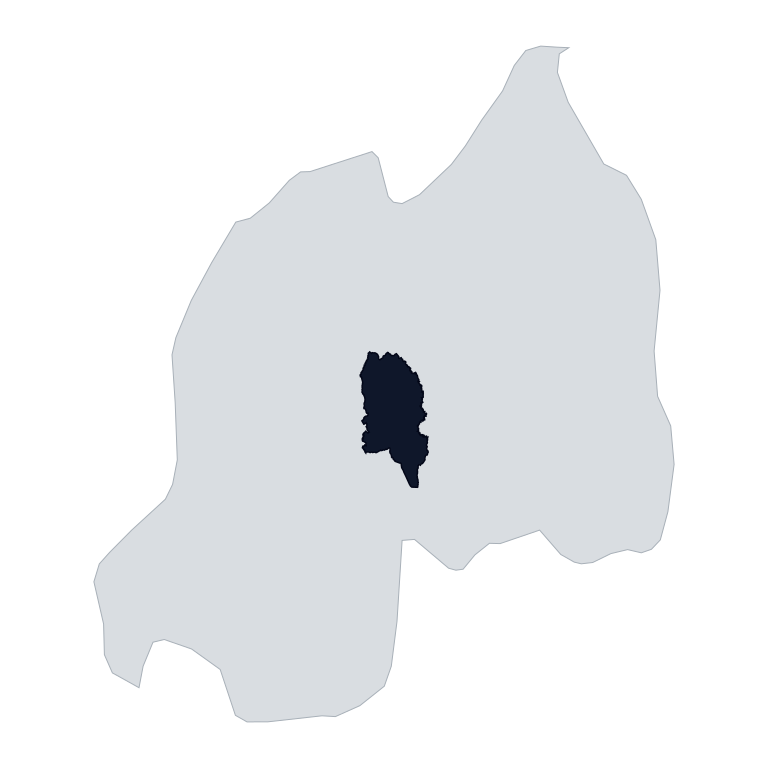 Kamonyi, Southern, Rwanda (highlighted)
{"feature_id": "39286606B23352434464252", "entity_name": "Kamonyi", "entity_type": "district", "adm_level": 2, "iso_a3": "RWA", "parent_name": "Rwanda", "parent_adm1": "Southern", "projection": "equal_earth", "projection_center": [29.885, -2.028], "detail": "fine", "context": "in_parent", "style": "filled", "palette": "ink", "viewbox_px": 768, "rotation_deg": 0, "n_neighbors": 0, "source": "geoboundaries", "source_scale": "gbopen_adm2", "svg_char_len": 7120}
<svg xmlns="http://www.w3.org/2000/svg" viewBox="0 0 768 768"><path d="M300.6,171.9L310.0,171.6L372.0,151.6L378.2,157.8L388.2,196.6L393.4,202.2L402.1,203.6L419.5,194.7L451.4,164.4L465.3,146.0L481.7,120.1L502.6,90.9L514.3,65.4L525.8,50.5L540.7,46.1L557.3,47.2L568.8,47.7L559.3,53.8L557.4,72.4L568.2,102.3L603.8,164.0L626.5,175.3L641.3,199.3L655.8,239.7L660.0,290.3L654.1,351.1L657.6,396.3L670.7,425.9L674.1,464.4L667.9,511.7L660.3,539.9L651.4,549.3L641.3,552.8L627.6,549.6L610.9,553.6L592.7,562.5L581.3,563.8L574.2,562.1L560.8,554.5L539.6,530.1L500.1,543.6L489.4,543.3L474.9,554.9L463.1,569.2L455.9,570.2L448.6,568.2L414.5,539.4L402.1,540.4L397.0,621.3L391.3,666.2L384.3,686.2L359.9,705.6L335.4,716.6L322.0,715.8L268.1,721.8L247.0,721.9L235.4,715.3L220.2,669.5L191.6,649.0L164.2,639.5L153.0,642.2L143.1,666.2L139.0,687.7L112.4,672.9L104.4,654.7L103.6,624.0L93.9,581.8L99.3,563.9L109.7,552.3L131.8,530.0L165.4,499.2L172.6,484.4L177.3,459.9L175.2,402.9L172.0,354.8L175.9,337.6L191.3,300.4L211.8,262.4L235.8,222.1L250.3,218.2L269.3,202.9L289.3,180.3L300.6,171.9Z" fill="#d9dde1" stroke="#a8b0b8" stroke-width="1"/><path d="M417.3,375.3L416.5,374.7L416.3,373.5L415.6,372.4L415.2,372.6L415.4,373.6L415.2,373.8L414.1,373.0L413.2,373.6L412.8,373.5L412.4,373.0L411.5,373.1L411.3,372.7L411.7,371.7L411.1,371.5L410.8,370.4L410.5,370.3L410.0,370.6L409.7,370.2L409.9,369.4L410.5,368.7L410.6,368.3L410.4,368.0L409.7,368.0L408.9,366.7L408.4,366.6L407.6,366.8L407.4,366.7L407.4,365.5L407.2,365.2L406.6,364.7L405.9,364.5L405.6,364.1L405.5,363.8L405.8,362.4L405.6,361.6L404.4,361.1L403.5,361.6L403.2,361.5L402.5,359.2L401.8,359.2L401.2,357.7L399.3,358.4L398.8,358.4L398.6,357.7L398.8,356.9L398.6,356.4L396.4,353.7L395.1,354.3L394.0,355.7L392.7,355.5L391.9,355.8L391.2,355.5L390.5,354.2L389.0,353.7L388.4,352.7L387.7,352.4L386.1,353.6L385.4,355.3L384.0,355.7L383.4,356.0L383.1,356.4L383.0,357.5L382.7,358.0L381.1,358.8L380.3,359.6L379.8,359.8L378.8,359.2L378.5,358.3L378.6,356.7L377.5,354.4L376.5,353.6L374.9,352.8L373.7,353.0L372.7,352.7L372.3,352.7L371.4,353.4L370.8,352.6L370.2,352.4L369.7,351.9L368.6,353.1L368.4,353.1L368.2,353.6L368.4,354.3L368.3,355.1L368.4,355.7L367.9,355.9L368.1,356.5L367.7,357.2L368.0,358.6L367.9,359.2L367.2,359.3L367.0,360.8L366.5,360.7L366.1,361.3L366.1,361.9L365.7,362.4L365.7,362.8L365.3,363.1L365.6,363.6L365.0,363.9L365.1,365.2L364.2,365.3L364.4,366.0L364.2,366.8L363.7,367.1L363.7,368.0L363.1,368.2L363.2,369.3L362.9,370.2L362.1,371.2L362.0,371.8L361.4,372.2L361.0,372.9L361.0,374.6L360.4,374.7L360.1,375.0L360.5,376.8L361.6,377.1L361.8,378.1L361.7,378.4L362.7,382.1L362.6,383.0L362.7,383.4L362.4,383.9L362.5,384.2L362.1,385.7L362.2,386.7L362.1,387.2L362.4,388.3L362.0,389.8L362.3,390.2L362.0,392.2L362.7,393.3L362.7,393.9L363.5,394.3L363.8,394.6L363.9,395.6L364.2,395.9L364.8,397.7L365.1,400.0L365.1,400.5L364.8,400.9L364.9,401.9L364.2,403.0L364.1,404.1L364.5,406.2L363.9,407.2L363.9,408.4L364.0,408.6L364.7,408.6L365.8,409.7L365.9,410.8L366.3,411.8L366.2,412.2L366.7,413.1L366.9,413.3L367.1,413.2L367.9,413.4L368.1,413.3L368.2,414.2L367.9,414.7L367.6,415.9L366.7,416.2L366.2,416.0L365.0,416.6L364.4,417.3L364.3,417.7L364.0,417.7L364.0,418.1L363.2,419.9L362.0,420.6L361.9,420.9L363.8,424.2L364.4,424.0L364.9,423.3L366.0,422.8L365.9,423.4L366.3,423.8L366.9,423.9L366.9,425.5L366.5,426.6L366.2,426.8L366.9,427.6L367.1,429.5L367.3,430.1L368.3,430.9L369.1,432.0L368.7,432.1L368.2,432.8L368.0,432.6L367.9,432.9L367.6,432.9L365.7,431.2L364.5,432.6L364.0,432.8L363.2,433.9L363.7,434.0L363.2,434.6L363.4,434.8L363.6,435.5L363.4,435.6L363.8,435.9L363.3,436.3L363.5,436.7L363.3,436.9L363.3,437.6L363.1,437.3L362.4,438.3L362.2,439.2L362.5,439.5L362.4,440.7L362.9,441.3L363.8,441.4L364.4,442.0L364.9,442.1L365.5,442.5L366.0,443.1L365.9,444.0L366.3,445.5L366.2,445.8L364.8,445.0L364.6,445.8L363.0,446.1L363.0,447.1L362.6,447.0L362.4,447.8L363.2,448.5L363.8,449.7L364.3,449.5L364.5,449.7L364.8,450.6L364.7,450.8L365.0,451.3L364.9,451.8L365.8,453.0L366.0,452.2L366.9,452.0L368.8,452.0L370.1,452.6L371.2,452.1L372.0,452.1L372.5,452.5L374.2,452.2L375.3,452.2L375.7,452.6L376.7,452.5L377.3,452.0L377.9,451.8L378.8,451.1L379.3,451.0L380.6,450.2L381.1,450.6L382.6,450.3L383.3,449.8L384.5,450.1L385.8,449.2L386.4,449.4L387.4,449.1L388.7,447.9L389.3,447.8L389.8,448.1L390.2,450.1L389.9,450.5L390.0,451.1L389.8,451.4L390.0,452.9L391.1,454.3L391.6,456.5L391.6,457.0L391.8,457.0L392.0,457.6L392.6,457.6L393.0,457.9L393.2,459.0L393.5,459.0L394.2,460.2L395.2,460.8L395.0,461.2L395.3,461.4L399.9,463.1L400.5,463.0L401.2,463.6L401.3,465.0L401.7,467.7L403.3,470.5L403.9,472.2L405.8,476.1L409.4,484.1L410.5,486.0L411.8,487.1L417.4,487.3L417.7,487.1L417.8,485.9L417.7,485.3L418.1,484.7L417.9,484.4L417.9,483.6L418.3,482.5L417.9,481.3L418.0,480.9L417.9,479.6L417.6,479.4L417.5,478.0L417.1,477.4L417.3,476.6L416.9,475.1L417.5,473.2L417.4,472.7L417.6,471.9L417.4,471.7L417.4,469.1L417.9,468.5L418.1,468.1L418.1,465.7L418.7,465.2L418.9,464.7L420.0,464.9L420.4,465.2L420.7,464.6L421.9,463.3L422.4,463.5L422.7,462.9L423.1,462.8L423.4,462.3L425.0,459.8L424.8,458.2L425.4,456.0L426.3,455.0L427.1,455.0L427.3,454.8L427.7,453.0L428.2,452.2L427.9,450.9L427.5,450.5L427.1,450.6L426.7,449.1L426.6,447.8L427.2,446.9L427.1,446.3L426.6,445.8L426.5,445.2L426.7,443.9L427.2,443.3L427.4,442.7L427.1,441.2L427.6,439.9L427.4,438.7L427.7,437.6L426.8,438.2L426.9,436.5L426.5,436.1L426.3,436.1L426.0,437.1L425.2,436.9L424.5,436.0L424.3,437.1L423.7,437.2L423.4,436.9L423.8,436.5L423.7,435.8L423.3,435.1L422.9,434.7L422.5,434.7L422.4,435.6L422.2,436.0L421.8,435.1L421.3,434.7L421.1,434.7L420.5,435.4L420.3,435.2L420.6,434.6L420.5,434.2L419.6,434.2L419.7,432.9L419.0,433.1L418.6,431.1L418.1,431.5L417.5,431.3L418.5,430.3L418.5,429.9L418.2,429.9L418.1,429.6L418.6,428.6L418.5,428.3L418.0,427.8L417.4,425.8L417.7,425.5L418.2,425.9L418.7,424.5L419.4,423.9L419.5,423.0L420.0,422.0L420.2,421.8L420.5,422.1L420.9,422.2L421.0,421.4L421.4,420.5L421.9,420.6L422.3,420.1L423.0,419.8L422.6,420.8L422.8,421.1L423.9,420.0L424.7,419.8L424.6,418.8L423.7,418.2L423.6,417.8L423.9,416.6L424.1,416.4L424.4,416.8L424.5,415.9L425.1,416.1L425.6,415.7L425.8,416.2L426.0,416.2L425.9,415.5L426.6,413.9L426.2,413.3L425.2,413.9L424.7,412.9L424.3,412.4L424.6,412.1L424.7,411.7L423.5,411.9L423.7,411.1L423.1,410.5L423.2,410.1L423.2,409.7L422.0,409.3L422.0,408.9L422.6,408.7L422.4,408.3L421.7,408.2L421.2,407.8L420.8,407.9L420.7,407.5L421.1,407.3L421.4,406.0L421.1,406.0L420.6,406.6L420.2,406.3L420.1,406.0L420.8,405.6L421.6,404.1L421.6,403.9L420.9,403.5L420.8,403.0L420.9,402.6L422.0,402.9L422.8,402.4L422.2,401.0L421.7,399.5L421.8,399.1L422.3,399.3L422.4,398.9L421.6,397.7L422.4,397.7L423.2,397.2L423.1,395.3L423.2,394.6L423.1,393.9L423.3,393.2L423.1,392.3L423.2,391.7L423.1,391.3L422.8,391.4L422.6,392.2L422.4,392.4L421.7,392.0L422.2,391.5L421.7,389.9L421.7,388.6L420.9,387.9L421.0,387.7L421.5,387.5L421.8,385.9L421.7,385.7L421.2,386.5L421.1,385.4L420.7,385.0L420.7,385.8L419.9,385.2L419.8,384.2L418.7,383.1L418.5,382.4L419.0,382.2L419.3,381.7L418.0,381.5L418.1,380.8L418.8,380.5L418.9,380.0L418.5,379.1L417.9,378.4L417.3,375.3Z" fill="#0f172a" stroke="#020617" stroke-width="1.5"/></svg>